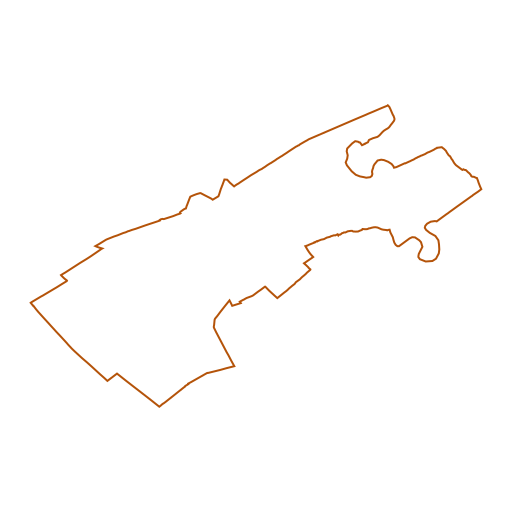 Mogosesti-Siret, Iasi, Romania (Robinson projection)
{"feature_id": "2599482B47382961924447", "entity_name": "Mogosesti-Siret", "entity_type": "district", "adm_level": 2, "iso_a3": "ROU", "parent_name": "Romania", "parent_adm1": "Iasi", "projection": "robinson", "projection_center": [26.761, 47.126], "detail": "fine", "context": "isolated", "style": "outline", "palette": "amber", "viewbox_px": 512, "rotation_deg": 0, "n_neighbors": 0, "source": "geoboundaries", "source_scale": "gbopen_adm2", "svg_char_len": 6023}
<svg xmlns="http://www.w3.org/2000/svg" viewBox="0 0 512 512"><path d="M234.3,366.2L231.3,360.8L228.4,355.2L226.7,352.3L216.1,332.1L213.9,327.6L213.8,327.1L213.8,326.7L214.1,325.0L214.6,319.9L214.8,319.2L215.2,318.5L217.2,316.1L220.5,311.7L225.3,305.6L229.5,300.4L231.1,303.5L232.2,305.8L240.8,303.1L240.2,302.2L239.8,301.7L242.7,300.1L244.4,299.3L244.6,299.1L246.6,298.0L249.9,296.8L251.5,296.2L252.4,295.8L253.1,295.4L258.0,291.7L260.9,289.7L264.9,286.7L265.3,286.7L269.0,290.5L271.8,293.1L272.7,293.9L274.3,295.4L277.3,298.1L284.3,292.5L286.2,291.1L287.6,289.9L289.3,288.2L290.2,287.5L292.2,285.8L294.3,284.2L295.0,283.5L295.6,282.5L296.0,282.1L299.9,279.3L301.3,277.8L302.6,276.6L303.4,276.0L305.7,274.0L307.0,272.6L310.2,269.9L310.4,269.6L310.4,269.4L309.1,268.3L308.5,267.7L308.3,267.3L305.8,264.9L304.4,263.7L304.0,263.3L304.8,262.8L309.4,259.6L312.1,257.8L313.2,257.0L311.4,255.1L310.2,253.7L309.1,252.2L307.7,250.1L305.4,246.2L305.9,246.1L306.1,245.9L307.0,245.6L307.3,245.6L307.9,245.3L308.2,245.1L310.1,244.3L312.6,243.3L314.7,242.5L314.6,242.2L315.6,241.9L317.0,241.1L317.3,241.4L318.2,240.9L319.6,240.3L321.1,239.7L323.1,239.3L324.0,239.1L326.8,237.6L330.0,236.8L330.2,236.7L330.5,236.4L332.4,235.8L334.0,235.3L335.3,235.4L337.5,234.3L338.3,235.5L338.9,234.7L340.0,234.7L341.0,234.1L342.0,233.2L343.1,232.9L344.0,232.4L345.2,232.5L346.7,231.9L347.4,231.4L349.2,231.1L350.6,230.9L352.2,230.9L353.0,231.4L353.5,231.5L355.8,231.6L358.1,231.5L360.3,230.5L361.8,230.0L362.5,229.0L364.8,229.2L366.1,229.2L367.2,229.1L368.3,228.7L368.5,228.5L370.2,228.2L371.8,227.7L373.8,227.3L375.3,227.2L377.4,227.5L378.2,227.8L381.5,229.3L383.3,229.7L386.9,230.1L387.1,230.3L387.4,230.3L388.4,229.9L389.6,229.7L390.4,232.5L392.8,237.2L393.5,240.0L394.3,242.6L395.7,244.9L397.4,246.2L399.0,246.2L409.6,238.4L412.2,237.2L415.0,237.4L419.3,240.3L421.0,242.2L422.4,246.8L418.8,253.9L418.4,256.1L418.4,257.1L419.9,259.2L425.7,261.5L432.4,261.0L436.0,258.7L438.8,253.4L439.3,249.5L439.0,244.4L438.4,240.3L435.4,236.0L429.7,232.8L426.1,229.9L424.8,227.8L425.3,225.8L427.1,223.7L430.7,221.7L434.5,221.1L436.2,221.2L436.7,221.4L441.7,217.7L445.0,215.3L446.2,214.4L448.0,213.2L449.4,212.1L452.6,209.8L457.0,206.6L470.3,197.1L470.8,196.7L472.1,195.9L473.1,195.0L476.2,192.9L478.0,191.7L481.3,189.2L480.2,186.8L478.5,182.5L478.0,180.8L476.9,178.0L476.2,177.9L473.9,176.8L472.2,176.7L471.3,176.1L470.8,175.0L469.3,173.2L468.3,172.5L466.3,170.5L465.7,170.0L465.0,170.0L464.1,169.7L463.4,169.3L462.4,169.9L461.6,169.4L460.3,168.4L456.0,165.2L454.6,163.6L453.9,162.6L452.9,160.8L452.3,159.8L451.7,159.2L451.5,158.8L450.2,156.5L450.1,156.3L449.9,156.2L449.2,155.7L448.6,155.2L448.3,154.7L446.8,152.5L446.2,151.3L445.9,150.8L444.0,148.9L442.1,147.5L441.8,147.2L437.0,147.8L436.9,148.1L436.7,148.2L435.8,148.5L434.9,149.0L434.4,149.4L433.1,150.1L429.4,151.9L427.7,152.5L427.1,152.8L425.0,154.1L423.3,154.8L421.7,155.5L420.9,155.7L420.3,156.0L419.9,156.3L417.7,157.2L417.3,157.5L415.8,158.2L414.9,158.7L413.7,159.5L411.6,160.4L409.9,161.3L409.1,161.6L405.2,163.4L404.7,163.3L396.4,167.1L394.0,167.7L393.4,166.2L391.6,164.0L388.2,161.8L384.0,160.1L381.2,159.7L377.6,160.5L374.4,164.4L373.5,166.1L373.1,168.0L372.3,170.1L372.0,171.8L372.4,174.0L371.8,175.9L370.2,177.2L366.2,177.7L364.1,177.2L359.9,176.4L355.8,174.8L351.7,171.3L346.9,165.3L345.7,162.4L347.2,158.7L347.7,155.3L346.7,151.3L347.2,148.5L352.2,143.4L355.2,141.2L358.0,141.7L358.9,142.3L359.7,142.3L360.2,142.8L362.0,145.2L364.9,143.9L364.8,143.7L367.9,142.3L368.3,141.6L368.7,140.4L369.1,139.9L373.0,138.2L377.4,136.9L378.0,136.5L379.5,135.3L382.4,132.1L383.8,130.8L385.6,129.6L387.7,128.4L388.6,127.7L389.4,126.9L390.9,124.8L392.0,123.5L394.0,120.8L394.3,120.0L394.5,119.2L394.4,118.4L394.1,117.5L393.5,115.8L392.8,114.7L390.3,108.9L389.4,107.0L388.7,106.2L387.8,105.3L387.4,105.7L385.9,106.3L381.7,108.0L373.1,111.7L368.5,113.6L365.6,114.9L354.7,119.5L308.7,139.3L307.3,140.2L304.9,141.5L299.9,144.4L298.9,145.3L298.5,145.4L297.9,145.6L297.2,146.1L295.9,146.7L293.5,148.3L292.7,148.8L288.6,151.5L286.6,152.9L283.5,154.9L281.9,156.0L280.6,156.7L279.2,157.6L278.6,158.0L276.9,159.0L276.4,159.4L275.3,160.2L271.4,162.7L270.8,163.1L270.1,163.4L267.1,165.3L265.2,166.7L262.5,168.4L261.9,168.9L259.9,169.8L258.8,170.4L256.6,171.9L251.0,175.2L247.1,177.8L243.7,180.0L239.2,183.0L238.6,183.5L237.4,184.1L235.4,185.4L234.1,186.4L233.5,185.9L231.2,183.8L230.1,182.9L227.2,179.7L224.4,179.5L223.7,181.6L223.1,183.1L222.4,185.1L221.9,186.2L221.7,186.9L220.9,188.8L219.1,194.5L218.4,196.3L212.7,199.7L211.4,198.7L209.5,197.7L204.6,195.2L200.6,193.1L200.1,193.1L196.6,194.1L193.7,195.2L191.8,196.0L190.3,196.7L190.1,197.2L189.8,197.9L189.2,199.4L188.1,202.3L187.8,203.1L187.0,205.2L186.6,206.1L185.9,208.5L185.5,208.6L184.8,208.8L183.9,209.3L181.1,211.3L180.1,212.2L179.9,212.5L179.8,212.8L179.8,213.1L180.0,213.4L180.2,213.5L179.9,213.7L179.5,213.7L178.7,214.1L177.7,214.3L173.2,216.1L166.0,218.4L165.1,218.7L163.8,219.1L162.4,218.9L160.8,219.3L159.7,220.0L159.9,220.5L158.9,220.9L155.0,222.2L149.8,223.9L145.0,225.5L135.7,228.8L132.0,229.9L128.7,231.1L128.1,231.2L125.7,232.3L123.3,233.0L117.6,235.3L113.7,236.6L113.0,236.9L107.2,239.2L105.9,239.8L98.6,244.3L95.4,246.1L96.7,246.7L98.6,247.4L102.2,248.5L101.3,249.0L99.8,250.1L90.9,256.2L88.9,257.5L86.4,259.1L80.0,263.0L65.3,272.5L63.4,273.6L61.0,275.1L61.3,275.5L63.6,277.8L64.7,278.8L66.9,280.5L67.0,280.7L66.6,281.2L61.5,284.3L61.2,284.5L57.7,286.7L56.4,287.5L53.5,289.2L52.5,289.8L44.1,294.8L42.6,295.7L41.4,296.3L38.2,298.2L31.5,302.2L30.7,302.8L33.3,306.0L33.5,305.9L36.0,309.2L38.5,312.2L56.5,332.0L61.4,337.2L67.0,343.3L67.9,344.4L71.8,348.6L74.7,351.4L81.9,358.0L84.1,359.9L86.8,362.2L91.6,366.5L100.1,374.3L104.3,378.0L107.4,380.9L117.0,373.6L126.6,381.2L151.1,400.2L159.3,406.7L160.6,405.7L162.6,403.9L163.1,403.6L163.3,403.6L165.6,401.9L184.1,387.2L185.1,386.5L185.2,386.0L188.4,384.1L188.2,383.6L190.7,382.3L207.1,373.0L207.4,372.9L207.8,373.0L220.4,369.9L226.4,368.2L234.3,366.2Z" fill="none" stroke="#b45309" stroke-width="2"/></svg>